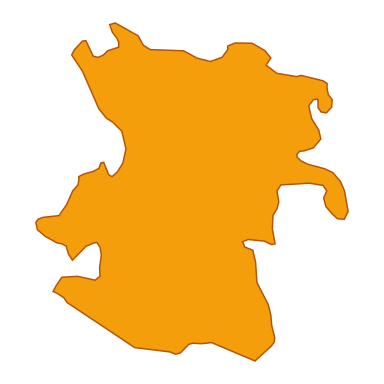 SVG path tracing the border of Hamadan
{"feature_id": "IRN-3233", "entity_name": "Hamadan", "entity_type": "Province", "adm_level": 1, "iso_a3": "IRN", "parent_name": "Iran", "parent_adm1": "", "projection": "orthographic", "projection_center": [48.6, 34.872], "detail": "fine", "context": "isolated", "style": "filled", "palette": "amber", "viewbox_px": 384, "rotation_deg": 0, "n_neighbors": 0, "source": "natural_earth", "source_scale": "10m", "svg_char_len": 1780}
<svg xmlns="http://www.w3.org/2000/svg" viewBox="0 0 384 384"><path d="M327.1,83.5L327.0,88.1L328.4,94.9L332.2,99.7L331.6,107.1L326.4,112.9L321.1,112.0L318.0,107.6L318.1,102.8L317.7,99.2L313.5,99.6L308.7,105.8L311.7,118.7L318.8,130.2L320.8,139.0L313.3,147.9L304.3,150.8L299.6,151.3L296.8,154.5L297.2,157.2L300.8,160.7L307.9,164.3L324.8,168.8L332.8,172.6L340.4,181.4L344.5,190.9L348.1,211.5L344.3,219.3L337.4,218.7L332.3,214.0L326.0,206.7L323.6,198.0L326.8,190.9L323.0,185.4L309.4,183.2L280.9,184.9L277.0,190.9L278.8,202.0L277.0,208.7L272.9,215.6L272.4,229.0L275.1,243.8L271.6,244.6L264.3,241.1L248.1,239.5L242.6,241.7L244.9,247.1L252.8,250.2L255.6,262.3L256.9,282.4L268.2,304.5L270.8,314.9L271.7,325.3L274.7,337.7L274.2,342.1L271.4,346.0L255.0,361.0L211.7,342.6L201.3,343.7L192.9,343.2L188.8,344.4L180.4,352.9L175.7,354.2L169.9,351.9L134.7,347.6L67.0,302.5L63.8,297.7L57.1,293.3L53.1,291.5L55.9,286.1L61.8,277.3L77.5,276.3L95.1,280.2L100.0,276.3L99.6,267.4L101.4,254.8L99.9,247.0L96.9,242.4L93.3,243.1L86.0,246.3L72.4,260.2L68.5,254.1L66.2,246.2L62.0,243.9L56.8,242.8L45.3,236.4L37.4,229.8L35.9,222.2L38.2,219.2L43.3,217.3L59.0,215.6L66.5,204.8L72.8,190.8L78.0,184.9L78.9,179.5L78.8,176.6L83.6,174.1L93.3,171.4L99.0,168.3L100.8,163.0L103.7,162.3L108.6,174.7L112.0,176.6L117.3,172.0L122.8,163.2L126.0,148.9L121.8,131.2L112.9,122.3L106.5,118.3L98.9,108.9L82.4,71.1L71.7,55.0L74.1,50.1L82.4,41.1L85.9,40.7L93.2,56.1L98.0,57.4L103.1,55.2L107.6,50.8L118.7,47.2L118.7,42.3L116.9,38.2L112.4,32.3L109.7,24.6L115.2,23.0L138.0,35.7L143.3,45.2L150.2,49.6L183.6,50.8L197.2,58.2L210.3,61.5L222.1,57.3L227.8,49.5L227.6,46.1L234.9,43.0L251.9,43.2L264.9,50.6L270.8,58.0L266.1,65.2L276.8,73.3L296.7,76.6L301.1,75.4L323.3,80.9L327.1,83.5Z" fill="#f59e0b" stroke="#b45309" stroke-width="1.5"/></svg>